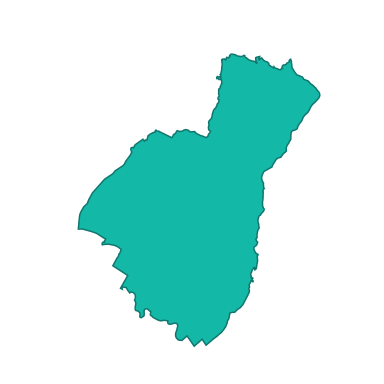 the district of Petelea, Mures, Romania, rotated 282°
{"feature_id": "2599482B51636470976237", "entity_name": "Petelea", "entity_type": "district", "adm_level": 2, "iso_a3": "ROU", "parent_name": "Romania", "parent_adm1": "Mures", "projection": "natural_earth1", "projection_center": [24.753, 46.721], "detail": "fine", "context": "isolated", "style": "filled", "palette": "teal", "viewbox_px": 384, "rotation_deg": 282, "n_neighbors": 0, "source": "geoboundaries", "source_scale": "gbopen_adm2", "svg_char_len": 6043}
<svg xmlns="http://www.w3.org/2000/svg" viewBox="0 0 384 384"><g transform="rotate(282 192 192)"><path d="M319.2,291.7L321.6,287.9L322.5,285.5L324.8,282.5L325.3,278.8L325.6,277.8L327.1,276.5L327.5,275.8L327.7,274.0L328.1,272.6L328.3,270.6L328.6,270.0L330.5,267.7L334.7,263.8L336.3,263.5L337.7,262.9L340.5,262.0L342.4,260.9L342.0,260.4L340.6,259.7L340.1,260.2L339.1,259.7L337.6,257.9L336.8,257.7L336.4,257.5L335.5,256.1L335.3,255.1L335.0,254.7L333.0,254.0L331.7,254.8L331.4,253.8L331.1,253.6L330.0,253.3L329.9,253.0L329.9,251.7L330.4,249.4L330.4,247.8L330.8,247.0L331.5,246.3L330.6,246.3L330.3,245.7L330.9,245.1L331.3,243.0L331.9,242.0L331.9,241.1L333.7,240.4L334.8,238.9L335.2,235.7L336.3,233.9L337.6,232.4L337.6,232.1L336.9,231.4L335.3,230.3L335.4,230.1L335.7,229.8L336.1,229.8L338.6,230.1L337.2,227.0L336.7,226.4L335.8,226.5L333.5,227.3L331.9,228.5L331.4,228.6L331.5,227.9L332.9,226.5L332.5,225.8L332.8,224.7L332.6,223.2L332.9,221.7L332.9,220.5L334.6,217.2L334.8,216.2L335.7,215.3L336.2,215.1L336.4,215.2L336.5,215.0L336.5,214.5L336.1,213.9L335.0,213.0L334.7,211.7L334.5,208.1L334.8,206.9L335.2,206.2L335.3,203.8L335.1,201.9L334.9,201.4L333.4,200.4L332.9,200.8L332.2,200.8L331.9,200.7L331.4,199.8L330.8,199.9L330.8,199.7L331.0,198.9L330.8,197.8L328.3,197.7L328.3,197.2L328.9,196.0L328.5,195.6L328.5,194.5L327.5,194.2L327.6,193.7L326.9,193.7L323.5,194.9L321.3,195.2L319.8,195.2L318.1,195.6L314.4,195.6L313.2,195.8L312.8,195.1L312.0,195.6L309.8,196.6L309.8,196.2L310.1,196.0L310.5,195.1L309.9,193.5L309.9,193.2L310.2,192.8L309.2,192.3L308.1,192.7L308.5,193.7L307.6,195.0L308.0,196.4L308.0,197.2L306.1,198.2L305.4,198.3L304.5,198.6L303.8,198.2L303.2,198.4L301.0,197.7L299.8,198.0L298.4,196.9L297.5,196.8L296.0,197.2L293.4,197.6L292.3,198.3L291.6,198.6L291.1,198.5L290.3,198.0L288.6,198.0L288.1,198.3L287.6,199.4L284.8,199.3L283.2,198.3L281.4,198.4L280.3,197.9L279.0,197.7L277.8,196.6L275.8,196.0L272.3,195.7L269.3,195.9L268.1,195.7L265.4,194.1L264.4,193.7L262.9,193.9L262.2,194.3L260.9,194.7L259.0,194.5L256.5,195.3L256.0,195.8L255.6,197.0L255.0,197.6L251.7,196.1L249.9,196.0L248.1,194.5L248.8,191.3L249.1,188.0L249.8,185.4L250.4,183.8L251.7,182.0L250.8,179.3L250.5,177.6L251.6,175.7L251.8,173.7L251.6,172.6L250.9,171.2L250.0,170.4L249.0,169.0L248.7,166.2L249.0,165.0L248.9,164.8L248.1,164.3L246.5,163.9L245.6,163.4L244.3,161.9L243.8,162.0L240.9,161.0L244.2,147.8L244.6,147.0L244.3,145.1L244.5,144.6L245.0,144.2L244.7,143.4L243.1,143.5L241.8,141.3L241.0,140.5L240.1,139.2L237.9,137.3L233.5,137.1L233.2,136.3L233.3,135.7L233.2,135.5L231.8,134.8L233.0,133.3L233.4,133.0L226.5,126.7L225.3,126.2L222.9,125.6L223.3,124.6L222.5,123.3L221.0,123.2L219.3,124.2L218.7,124.8L215.6,124.1L207.8,120.6L205.6,120.3L203.3,118.9L196.8,112.5L193.4,110.7L192.5,109.9L186.4,103.9L170.4,94.8L163.3,92.7L160.1,92.1L159.9,92.3L158.3,91.5L154.8,89.1L149.2,87.4L146.9,87.0L145.1,87.0L132.1,88.5L132.6,90.5L133.0,92.8L132.5,101.1L131.9,106.2L131.5,107.9L128.7,115.2L128.1,117.3L126.6,116.9L125.8,116.5L125.1,116.8L124.7,116.8L124.5,116.6L124.6,116.3L124.6,115.5L124.0,115.1L123.0,114.8L122.5,114.8L121.7,115.2L122.7,117.8L123.6,121.2L123.7,127.2L123.1,130.4L121.2,134.7L117.2,134.1L116.1,133.4L113.5,133.3L112.8,133.0L112.5,132.6L103.4,129.9L97.0,146.5L82.9,142.1L82.4,144.0L84.3,143.1L84.7,143.8L84.8,147.5L82.3,149.8L80.3,152.1L81.5,153.2L81.6,153.7L81.5,155.0L80.5,157.1L78.9,158.1L76.3,158.7L74.3,158.2L73.1,159.4L71.0,160.3L67.8,160.3L65.3,160.9L64.7,161.3L64.4,161.7L64.3,164.0L63.0,166.1L62.0,166.6L59.8,166.7L58.8,167.1L58.5,167.8L58.5,168.5L60.5,170.6L61.3,170.8L62.4,170.7L65.9,169.8L66.5,169.9L67.1,170.1L68.0,170.8L68.4,172.0L68.3,172.8L67.1,174.8L66.6,175.8L66.5,176.4L66.2,176.6L63.3,176.7L62.8,177.1L62.4,178.0L62.3,178.5L61.7,179.2L61.2,180.1L59.9,184.5L59.5,186.6L59.5,188.0L59.8,189.2L60.8,191.6L60.9,195.2L59.1,195.4L58.1,196.3L58.0,197.4L58.2,198.6L60.2,202.4L60.1,204.4L59.2,205.5L57.7,205.9L53.6,205.8L50.8,205.4L48.9,205.6L47.0,206.3L46.0,207.1L44.7,208.8L44.4,210.2L44.7,213.0L50.2,217.1L41.6,226.2L50.1,232.5L45.1,237.6L52.3,243.1L56.4,246.7L58.1,247.8L60.4,249.7L63.9,251.6L66.5,252.6L66.8,252.9L67.4,252.9L70.9,253.6L73.2,253.5L75.9,254.4L81.6,254.2L82.9,257.0L83.0,258.0L83.5,259.0L86.4,260.8L89.2,263.5L90.8,264.2L92.0,265.1L103.1,268.2L104.3,268.2L105.0,268.7L105.6,268.8L106.8,268.6L107.6,268.7L108.8,267.8L109.5,267.6L111.0,268.1L112.3,267.3L113.3,267.2L116.6,268.3L117.2,268.1L117.6,268.2L118.0,268.8L116.8,270.2L117.0,270.4L117.5,270.4L118.0,270.0L118.6,269.2L119.0,269.1L119.9,269.4L120.6,269.3L120.7,269.1L120.1,267.9L121.5,267.6L123.2,266.7L124.6,266.5L126.2,267.0L127.8,267.0L130.8,268.2L131.3,268.8L131.2,269.1L129.5,269.3L128.9,269.7L130.2,270.7L132.2,270.8L134.8,270.5L138.3,270.5L141.1,269.6L142.1,269.5L143.0,269.0L144.0,269.6L144.7,269.6L145.3,267.6L146.5,266.1L148.7,264.7L150.1,264.1L150.5,264.1L151.7,264.7L152.6,265.6L153.4,266.2L156.4,266.7L156.7,266.6L157.6,265.2L159.4,264.3L160.8,265.1L161.5,265.1L162.3,264.7L163.4,264.5L167.3,264.3L168.3,264.4L170.9,265.2L172.5,264.4L174.6,263.9L176.4,262.7L179.0,262.3L182.3,262.5L182.8,262.8L183.4,263.6L183.8,263.9L185.2,264.2L187.9,265.9L189.8,266.3L190.5,266.0L191.2,265.2L193.6,263.7L194.9,263.6L196.6,263.0L198.9,263.0L202.8,262.4L205.7,261.8L206.9,261.7L208.0,261.1L209.8,261.3L210.2,261.8L210.3,262.0L210.7,261.5L212.0,261.0L214.2,260.3L215.6,260.1L216.4,259.2L217.7,258.5L218.5,257.8L219.6,257.3L221.0,257.1L223.4,257.2L225.6,257.7L226.7,258.0L227.3,258.4L231.3,262.9L232.8,264.8L233.5,265.1L234.9,265.2L241.5,267.6L243.2,269.2L244.4,271.6L248.8,273.6L250.4,275.0L251.5,275.7L252.2,275.8L253.5,275.2L255.5,275.0L257.8,275.5L259.6,276.4L261.0,276.6L263.9,277.7L265.4,277.4L270.4,276.6L271.8,276.9L272.9,277.6L273.4,278.9L274.1,279.9L275.4,281.4L276.1,281.8L277.2,281.8L278.5,282.0L281.4,283.0L283.6,284.2L285.4,284.8L288.2,285.2L291.1,286.6L293.2,288.3L294.1,288.8L296.7,289.8L298.5,290.1L300.5,290.7L302.9,291.8L305.3,293.6L310.0,296.4L312.6,297.0L313.9,296.7L315.1,296.1L316.4,295.0L318.1,292.7L319.2,291.7Z" fill="#14b8a6" stroke="#0f766e" stroke-width="1.5"/></g></svg>